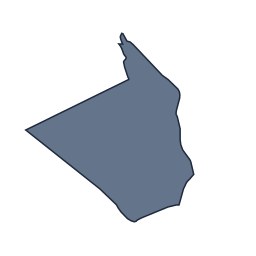 map outline of Kgatleng (Mercator projection), rotated 303°
{"feature_id": "BWA-2646", "entity_name": "Kgatleng", "entity_type": "District", "adm_level": 1, "iso_a3": "BWA", "parent_name": "Botswana", "parent_adm1": "", "projection": "mercator", "projection_center": [26.553, -24.114], "detail": "fine", "context": "isolated", "style": "filled", "palette": "slate", "viewbox_px": 256, "rotation_deg": 303, "n_neighbors": 0, "source": "natural_earth", "source_scale": "10m", "svg_char_len": 922}
<svg xmlns="http://www.w3.org/2000/svg" viewBox="0 0 256 256"><g transform="rotate(303 128 128)"><path d="M204.0,71.2L204.3,72.4L200.3,79.8L201.3,82.9L200.7,87.1L190.8,128.2L190.5,135.1L187.8,148.7L186.3,151.4L184.1,153.4L181.1,155.1L168.6,159.2L165.7,160.8L164.4,163.1L155.8,172.1L146.6,178.1L142.8,181.3L139.3,186.0L135.1,197.1L134.1,198.8L124.9,208.4L121.7,207.9L119.1,207.6L116.4,207.0L113.8,206.8L107.1,207.7L91.2,212.7L89.9,210.6L83.6,204.6L72.5,196.9L60.9,188.9L58.5,187.4L55.7,185.9L54.2,185.6L52.8,184.4L51.9,181.4L51.7,177.0L53.7,168.2L55.4,163.7L57.3,160.2L61.6,137.6L70.6,43.3L169.1,102.2L169.7,101.7L170.2,101.2L170.6,100.2L170.8,100.0L177.4,91.8L181.0,88.3L182.0,88.1L184.7,88.5L185.8,88.3L186.4,87.6L187.2,85.2L187.7,84.1L191.0,79.8L192.4,77.4L193.5,74.5L193.9,75.3L195.0,76.9L195.4,77.8L198.8,73.2L200.5,71.7L203.2,71.3L204.0,71.2L204.0,71.2Z" fill="#64748b" stroke="#1e293b" stroke-width="1.5"/></g></svg>